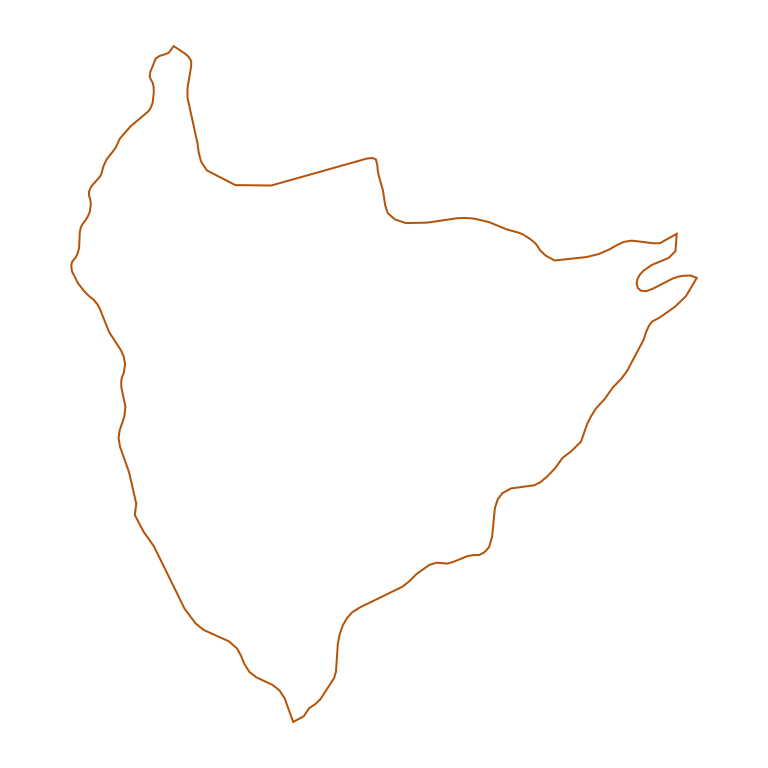 SVG path tracing the border of Lilongwe
{"feature_id": "MWI-1909", "entity_name": "Lilongwe", "entity_type": "District", "adm_level": 1, "iso_a3": "MWI", "parent_name": "Malawi", "parent_adm1": "", "projection": "orthographic", "projection_center": [33.699, -14.021], "detail": "fine", "context": "isolated", "style": "outline", "palette": "amber", "viewbox_px": 768, "rotation_deg": 0, "n_neighbors": 0, "source": "natural_earth", "source_scale": "10m", "svg_char_len": 2389}
<svg xmlns="http://www.w3.org/2000/svg" viewBox="0 0 768 768"><path d="M293.2,721.9L284.6,698.3L279.5,690.4L272.5,684.9L256.3,677.3L249.3,671.8L244.2,663.7L241.1,655.9L237.1,648.5L229.0,641.4L203.5,629.9L195.7,623.5L184.6,608.8L153.9,546.3L143.3,531.3L134.8,515.0L136.3,503.5L136.2,503.5L129.1,472.4L120.0,446.8L118.6,438.1L119.6,430.6L124.3,416.7L125.4,406.6L121.4,387.6L121.2,381.9L121.8,377.8L123.8,372.7L125.1,364.5L123.8,356.9L121.1,350.5L109.0,331.9L99.7,308.4L97.3,304.1L93.3,299.4L88.8,295.9L83.5,290.4L78.1,283.4L72.0,271.4L71.2,265.9L72.1,261.8L76.0,257.0L77.7,253.1L79.1,248.0L79.8,232.1L80.8,227.5L82.3,224.5L86.0,219.4L88.0,216.0L89.8,211.8L90.8,204.7L90.4,199.8L88.9,195.2L89.0,191.6L90.2,188.7L91.7,185.9L99.9,176.7L101.4,173.7L103.4,166.5L106.1,160.3L109.8,155.2L111.8,152.9L115.8,147.5L119.9,138.5L130.7,126.2L148.5,111.2L150.8,107.7L152.7,102.5L153.8,92.2L153.6,86.4L152.4,82.2L150.8,79.6L149.7,76.3L150.4,71.7L155.8,58.4L159.7,55.9L165.4,54.1L168.8,52.7L173.7,46.1L185.4,53.9L188.5,56.7L191.2,61.1L191.2,65.9L187.5,88.2L187.5,97.7L197.6,143.9L198.7,152.5L201.0,161.5L207.0,170.5L235.3,185.1L271.2,185.5L367.1,158.5L372.7,158.0L375.9,159.5L377.3,164.9L377.8,171.0L379.1,177.0L383.0,190.6L385.2,205.4L387.9,213.3L395.0,219.5L406.0,223.1L427.4,222.6L456.6,218.3L464.7,217.9L474.2,218.6L489.0,222.1L506.8,229.4L519.0,232.8L523.0,234.4L530.4,239.2L535.3,243.3L537.2,245.7L540.4,250.7L545.7,255.6L554.7,260.5L586.1,257.1L598.7,254.1L609.6,249.3L617.0,245.0L623.9,241.9L631.8,240.6L653.7,243.3L659.9,243.2L676.7,233.8L675.5,251.0L668.7,257.9L651.9,264.9L643.7,270.5L639.7,274.9L637.2,279.7L636.7,283.6L637.7,287.8L640.8,290.7L646.1,291.2L652.4,288.9L673.4,278.2L678.2,276.7L682.9,275.8L690.5,275.5L696.8,277.9L686.0,296.1L674.9,306.8L659.4,317.7L652.0,321.6L648.9,325.8L646.1,332.0L643.7,339.6L627.1,370.9L621.5,378.5L612.8,387.5L605.1,398.4L596.0,408.5L591.0,416.3L587.2,423.9L581.0,441.6L571.6,450.9L562.4,458.0L555.4,467.9L547.9,475.8L540.6,482.1L534.2,485.3L511.1,488.4L502.4,493.1L497.7,499.4L494.9,508.0L492.1,536.9L489.0,547.3L484.0,552.6L479.2,555.0L473.4,555.1L467.8,556.0L453.2,561.9L447.4,563.6L436.6,562.7L429.3,564.9L416.3,574.2L409.1,581.5L402.2,586.8L360.3,607.2L352.4,612.1L347.0,618.1L342.7,625.5L339.6,634.5L337.8,644.2L336.0,671.4L334.1,678.0L320.5,699.1L315.3,704.1L309.2,708.1L303.7,716.3L293.2,721.9Z" fill="none" stroke="#b45309" stroke-width="2"/></svg>